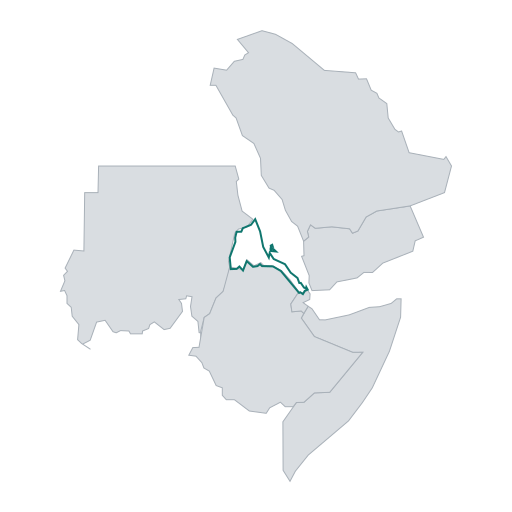 Eritrea and the surrounding countries
{"feature_id": "ERI", "entity_name": "Eritrea", "entity_type": "country or territory", "adm_level": 0, "iso_a3": "ERI", "parent_name": "Africa", "parent_adm1": "", "projection": "robinson", "projection_center": [39.36, 15.191], "detail": "coarse", "context": "with_neighbors", "style": "outline", "palette": "teal", "viewbox_px": 512, "rotation_deg": 0, "n_neighbors": 6, "source": "natural_earth", "source_scale": "50m", "svg_char_len": 3842}
<svg xmlns="http://www.w3.org/2000/svg" viewBox="0 0 512 512"><path d="M283.1,470.3L282.9,421.8L296.4,402.5L303.9,402.3L314.4,392.9L329.7,392.3L362.7,352.3L352.8,352.4L314.4,336.6L301.3,318.1L308.1,306.3L311.9,308.7L319.5,319.8L325.3,319.9L349.1,314.9L369.3,307.4L379.7,306.7L391.2,303.4L396.7,298.8L401.1,298.8L400.6,317.2L389.4,351.3L372.3,387.8L362.3,402.7L348.5,420.9L308.3,455.0L295.4,471.1L290.0,481.3L283.1,470.3Z" fill="#d9dde1" stroke="#a8b0b8" stroke-width="1"/><path d="M90.5,349.3L81.6,343.5L77.6,339.7L78.9,324.6L72.2,316.2L71.2,307.3L67.0,303.4L67.0,295.7L64.6,290.5L60.5,291.3L64.9,280.8L63.6,275.3L67.5,271.3L65.1,268.1L73.9,250.1L83.9,251.0L84.7,192.6L98.0,192.6L98.6,166.0L235.2,166.0L238.8,179.1L236.3,181.5L237.9,195.2L242.1,211.1L252.9,219.3L247.0,226.9L238.4,229.1L234.8,233.1L228.5,261.5L229.7,266.9L227.8,278.3L223.1,291.4L216.0,298.0L209.7,313.6L204.2,317.4L200.7,331.3L200.8,343.3L200.7,332.9L199.1,332.6L197.9,321.4L191.9,316.2L190.5,306.6L192.0,296.7L186.6,295.8L185.8,298.8L178.8,299.5L181.5,303.4L182.5,311.4L170.1,328.3L164.1,329.6L154.3,321.9L149.9,324.6L148.6,328.5L142.6,331.0L142.2,333.8L130.5,333.8L128.9,331.0L120.5,330.6L116.2,332.8L113.0,331.7L105.1,320.3L96.6,322.1L90.2,340.2L82.6,344.1L90.5,349.3Z" fill="#d9dde1" stroke="#a8b0b8" stroke-width="1"/><path d="M410.1,205.9L423.5,237.2L415.2,240.8L412.8,251.2L382.8,263.1L372.5,272.5L363.9,272.4L357.1,277.9L336.9,281.9L329.6,289.8L312.0,290.6L308.9,282.9L309.2,275.6L301.6,256.3L304.0,255.7L303.6,241.2L308.7,237.0L307.4,231.4L310.5,224.8L315.3,228.3L331.8,226.8L349.6,228.8L352.5,233.2L357.9,231.0L366.1,217.0L376.8,211.0L410.1,205.9Z" fill="#d9dde1" stroke="#a8b0b8" stroke-width="1"/><path d="M214.1,68.1L226.6,70.2L234.3,61.3L242.9,59.4L244.8,55.0L248.5,52.7L237.4,39.4L262.0,30.7L275.5,34.3L292.3,43.6L324.4,70.4L355.6,72.8L358.5,79.1L366.5,78.8L371.2,90.2L376.9,93.3L378.9,98.0L386.8,103.6L388.2,118.0L394.9,129.3L398.5,132.0L401.6,131.0L409.1,152.7L443.8,159.4L446.0,156.6L451.5,166.0L444.5,192.6L410.1,205.9L376.8,211.0L366.1,217.0L357.9,231.0L352.5,233.2L349.6,228.8L331.8,226.8L315.3,228.3L310.5,224.8L307.4,231.4L308.7,237.0L303.6,241.2L297.6,226.2L291.6,221.5L285.4,210.3L282.1,199.5L274.1,190.3L269.0,188.1L261.3,175.4L260.5,158.3L253.9,143.5L242.4,135.6L236.1,118.0L232.8,115.1L215.9,85.3L210.2,85.3L214.1,68.1Z" fill="#d9dde1" stroke="#a8b0b8" stroke-width="1"/><path d="M362.7,352.3L329.7,392.3L314.4,392.9L303.9,402.3L296.4,402.5L293.2,406.7L285.2,406.7L280.4,402.2L269.7,407.8L266.2,413.3L249.3,411.0L234.4,399.7L226.3,399.7L222.3,395.3L222.3,387.8L216.2,385.6L209.3,371.1L203.9,368.0L201.9,362.7L196.0,356.2L188.8,355.2L192.8,347.6L199.0,347.3L204.2,317.4L209.7,313.6L216.0,298.0L223.1,291.4L229.7,266.9L243.3,269.7L246.9,259.7L254.0,265.8L260.8,262.6L263.6,265.4L271.6,265.6L281.8,270.9L290.0,279.8L298.8,291.9L290.8,304.0L291.9,311.8L301.2,311.0L303.8,313.4L301.3,318.1L314.4,336.6L352.8,352.4L362.7,352.3Z" fill="#d9dde1" stroke="#a8b0b8" stroke-width="1"/><path d="M298.8,291.9L303.8,293.1L307.3,289.8L310.1,293.9L309.7,299.5L303.1,302.6L308.1,306.3L303.8,313.4L301.2,311.0L291.9,311.8L290.8,304.0L298.8,291.9Z" fill="#d9dde1" stroke="#a8b0b8" stroke-width="1"/><path d="M230.8,269.1L229.7,257.4L235.4,241.9L235.2,237.6L236.6,231.8L241.3,231.7L242.8,228.2L251.0,224.8L255.2,219.2L260.1,231.4L263.2,246.9L268.8,257.5L269.7,252.9L273.7,259.0L285.0,264.2L290.7,272.7L297.5,278.0L299.3,283.0L300.8,282.9L304.0,287.6L306.0,288.4L306.3,287.1L307.7,289.7L304.8,290.8L302.9,294.1L300.3,292.3L299.1,292.9L280.9,271.0L273.0,266.4L262.0,266.1L260.0,264.1L257.5,266.1L253.0,266.8L246.7,261.1L243.0,270.5L239.4,266.5L236.7,268.9L230.8,269.1ZM270.8,247.3L274.2,249.8L276.0,251.5L271.0,251.0L270.7,249.9L272.1,250.2L270.6,249.3L270.8,247.3ZM272.2,244.8L272.6,246.1L271.3,245.3L272.2,244.8Z" fill="none" stroke="#0f766e" stroke-width="2"/></svg>